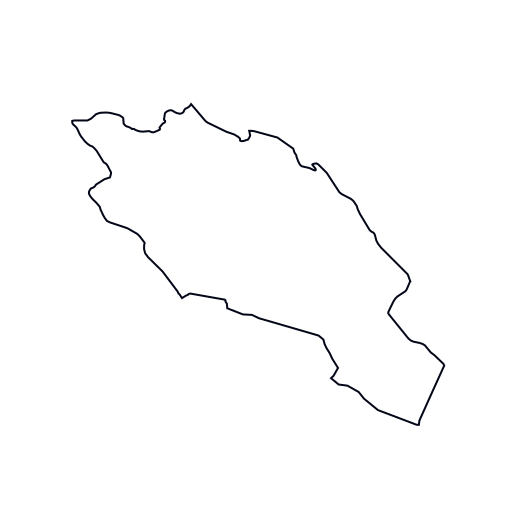 outline of Dalarna, rotated 190°
{"feature_id": "SWE-181", "entity_name": "Dalarna", "entity_type": "County", "adm_level": 1, "iso_a3": "SWE", "parent_name": "Sweden", "parent_adm1": "", "projection": "natural_earth1", "projection_center": [14.891, 61.079], "detail": "fine", "context": "isolated", "style": "outline", "palette": "ink", "viewbox_px": 512, "rotation_deg": 190, "n_neighbors": 0, "source": "natural_earth", "source_scale": "10m", "svg_char_len": 2968}
<svg xmlns="http://www.w3.org/2000/svg" viewBox="0 0 512 512"><g transform="rotate(190 256 256)"><path d="M99.6,257.9L99.9,257.4L101.7,249.6L102.3,248.0L103.0,247.0L109.6,240.8L111.4,238.3L112.8,235.0L115.9,224.1L115.9,222.7L115.0,221.6L91.7,201.3L89.0,199.7L86.1,199.0L80.0,198.8L76.6,198.3L74.1,197.3L67.2,191.4L63.1,189.3L52.8,182.4L51.6,180.8L59.1,151.6L66.5,122.3L66.3,118.0L68.6,117.7L109.1,125.4L124.8,134.2L131.3,139.9L143.5,144.2L152.3,143.8L160.9,148.7L158.8,151.5L155.8,160.0L163.1,168.1L166.4,172.9L170.6,177.6L173.1,181.1L175.1,185.4L180.5,188.5L242.1,195.2L249.8,197.3L258.7,196.2L275.2,199.5L276.4,204.0L278.2,205.9L278.4,207.1L279.2,207.6L314.1,207.6L315.4,207.1L316.5,205.8L318.0,204.9L321.6,201.7L324.6,204.9L325.9,205.7L326.8,207.2L345.3,224.5L362.1,236.1L365.6,239.4L367.4,243.3L368.0,246.8L368.0,248.4L367.9,249.3L368.0,249.7L373.8,255.1L376.9,257.2L387.4,261.0L405.5,263.7L408.8,264.6L411.4,267.0L413.7,269.8L417.2,274.8L418.4,277.3L422.2,280.5L427.1,283.9L429.6,286.1L431.3,288.3L431.6,289.9L431.4,291.4L430.5,293.5L430.1,294.0L428.2,295.1L426.8,296.6L425.9,298.6L418.6,305.3L413.5,308.0L413.1,311.6L413.3,313.2L417.9,319.2L419.3,320.5L420.4,321.2L421.5,321.5L422.1,321.8L422.6,322.2L431.2,331.9L434.1,334.2L436.2,335.5L437.7,335.7L439.1,336.1L441.2,337.1L444.3,339.1L449.2,343.5L450.9,345.5L453.4,349.2L454.9,351.1L456.5,352.3L458.3,353.4L459.3,354.2L460.2,355.5L460.4,357.2L458.5,357.9L445.5,360.2L442.3,362.6L438.2,367.8L436.1,369.1L433.8,370.1L428.4,371.3L424.4,371.6L415.8,371.0L414.0,370.5L411.5,369.4L410.6,368.5L410.3,367.6L410.3,366.7L409.9,365.8L409.3,363.3L407.3,361.7L405.9,361.2L402.7,360.7L401.1,360.1L400.2,359.5L398.4,360.0L396.6,359.2L393.1,358.6L390.8,358.6L388.7,358.9L383.5,360.3L382.7,360.4L380.5,359.9L378.7,359.9L377.0,360.8L372.8,363.6L372.6,364.5L373.0,365.1L373.3,365.8L371.8,368.6L370.8,370.2L369.1,371.6L368.8,372.5L369.1,373.4L370.2,374.2L370.4,375.1L370.4,375.7L370.3,376.1L370.5,380.6L370.1,381.3L369.2,382.6L366.8,384.3L365.1,384.8L363.4,384.6L361.3,383.7L358.8,383.0L355.5,382.9L353.5,383.9L352.4,385.3L351.9,387.4L351.2,388.7L349.0,390.3L348.0,391.3L347.1,392.5L346.3,394.3L329.4,380.3L328.4,379.7L326.7,378.9L306.7,373.2L298.5,371.9L294.4,370.3L292.7,369.3L292.1,368.7L291.9,368.1L291.9,367.5L291.8,367.1L291.4,366.7L290.1,366.6L288.2,367.1L284.2,369.2L283.1,371.5L282.7,373.7L284.4,378.1L281.9,378.5L279.5,378.6L255.5,376.4L238.0,368.2L236.1,364.6L233.8,362.2L233.4,360.9L230.9,356.6L229.0,354.1L227.7,352.9L226.3,352.3L218.6,351.9L213.9,350.6L213.0,350.5L212.3,350.7L212.1,351.3L212.6,352.3L213.6,353.3L216.3,355.5L216.4,355.9L215.9,356.4L214.4,357.1L212.5,357.7L210.4,356.9L200.8,350.2L185.0,333.3L182.5,331.9L172.4,328.7L170.4,327.6L169.1,326.6L165.5,322.8L165.3,322.5L164.0,319.8L160.8,315.3L148.6,301.3L147.2,300.4L145.9,299.8L144.4,299.4L143.5,298.6L142.7,297.6L140.1,292.0L137.9,289.2L134.1,285.8L103.6,264.4L102.5,262.8L99.9,258.2L99.6,257.9Z" fill="none" stroke="#020617" stroke-width="2"/></g></svg>